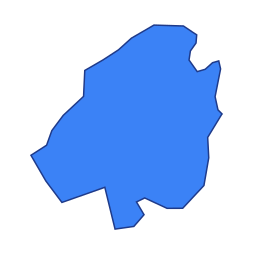 the District of Vitina, rotated 262°
{"feature_id": "KOS-5905", "entity_name": "Vitina", "entity_type": "District", "adm_level": 1, "iso_a3": "XKX", "parent_name": "Kosovo", "parent_adm1": "", "projection": "robinson", "projection_center": [21.372, 42.321], "detail": "fine", "context": "isolated", "style": "filled", "palette": "blue", "viewbox_px": 256, "rotation_deg": 262, "n_neighbors": 0, "source": "natural_earth", "source_scale": "10m", "svg_char_len": 618}
<svg xmlns="http://www.w3.org/2000/svg" viewBox="0 0 256 256"><g transform="rotate(262 128 128)"><path d="M221.3,197.1L214.0,205.2L210.7,209.0L202.7,207.2L195.6,200.5L186.8,197.9L174.2,204.4L175.4,212.6L180.9,220.8L181.8,227.2L173.6,227.9L146.9,218.6L133.5,219.6L128.8,223.1L128.6,222.8L107.6,205.6L87.2,203.8L60.5,195.2L40.9,171.0L43.0,155.5L56.4,134.8L53.6,126.1L39.9,131.8L29.7,120.1L29.7,101.1L72.5,96.8L63.5,52.2L86.9,39.3L114.5,28.1L122.3,45.0L136.0,52.2L149.5,65.6L165.5,88.4L191.0,93.2L198.8,112.5L206.7,129.4L216.5,143.9L226.3,168.0L221.3,197.1Z" fill="#3b82f6" stroke="#1e3a8a" stroke-width="1.5"/></g></svg>